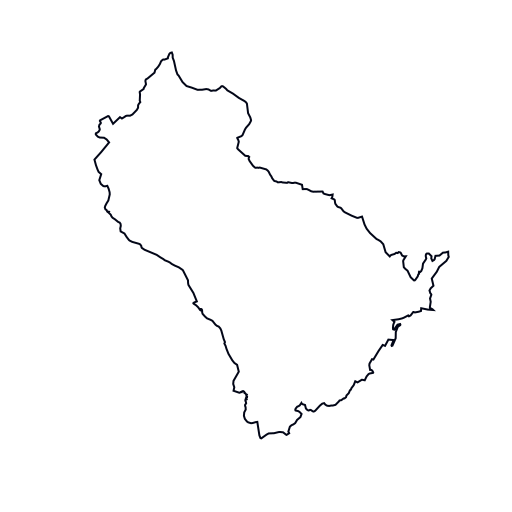 Neaua, Mures, Romania (Equal Earth projection), rotated 105°
{"feature_id": "2599482B91391358994256", "entity_name": "Neaua", "entity_type": "district", "adm_level": 2, "iso_a3": "ROU", "parent_name": "Romania", "parent_adm1": "Mures", "projection": "equal_earth", "projection_center": [24.842, 46.484], "detail": "fine", "context": "isolated", "style": "outline", "palette": "ink", "viewbox_px": 512, "rotation_deg": 105, "n_neighbors": 0, "source": "geoboundaries", "source_scale": "gbopen_adm2", "svg_char_len": 6087}
<svg xmlns="http://www.w3.org/2000/svg" viewBox="0 0 512 512"><g transform="rotate(105 256 256)"><path d="M204.7,437.0L209.7,434.1L213.4,431.5L215.5,429.8L217.0,426.7L223.3,427.0L226.5,424.6L228.0,421.5L227.8,419.8L226.7,417.8L229.1,415.8L232.3,413.9L234.4,413.2L240.6,413.0L243.9,414.0L246.7,414.6L248.3,414.6L249.9,413.5L250.4,412.1L251.5,411.3L251.8,410.8L251.3,409.8L251.3,409.6L252.1,409.9L253.7,407.0L255.2,405.8L256.2,404.4L257.0,401.9L258.8,397.9L259.0,396.3L260.1,395.1L261.9,394.4L264.5,394.3L267.3,393.1L268.3,388.9L271.1,385.9L273.4,382.9L273.8,382.1L274.4,379.2L274.5,372.1L274.8,370.8L276.0,369.4L276.8,369.1L277.7,368.4L278.8,365.3L280.6,352.2L282.0,348.2L283.0,344.6L283.7,343.1L284.2,339.1L284.6,337.4L285.5,335.3L286.3,331.9L286.9,327.7L288.4,323.4L288.8,322.8L297.1,315.4L299.7,314.6L301.4,313.8L307.9,306.9L315.2,301.4L316.8,303.6L317.8,304.3L318.2,303.9L319.1,301.1L320.5,298.6L322.7,295.9L322.8,295.4L321.5,295.6L321.4,295.2L321.6,294.6L322.2,294.1L324.6,293.3L325.7,292.6L327.6,289.7L328.9,287.2L329.4,283.4L329.9,281.3L332.8,277.4L333.6,275.6L333.8,273.8L335.2,271.7L337.0,270.2L344.6,265.7L347.2,263.7L348.7,263.9L350.7,262.1L353.3,260.5L357.6,257.3L362.9,251.9L364.9,249.2L366.0,246.1L372.2,242.7L382.4,245.4L385.5,244.9L388.4,243.0L392.0,242.8L392.4,236.7L392.1,236.1L391.4,235.6L391.2,234.5L390.2,234.3L389.8,233.4L390.2,232.2L391.2,231.8L391.4,231.4L391.3,230.9L392.2,229.8L392.3,229.0L393.4,229.2L393.9,229.0L394.4,228.7L394.3,228.2L394.9,228.1L395.4,228.5L395.6,228.9L396.2,229.0L396.6,228.7L396.6,228.1L396.9,227.9L397.8,229.0L398.6,228.8L399.4,228.1L400.8,227.4L402.6,228.0L403.5,227.8L404.8,226.9L407.0,226.2L410.1,226.9L413.5,226.3L416.2,224.6L418.2,221.9L418.7,220.5L418.8,217.5L418.2,216.0L416.6,213.4L415.9,211.8L428.4,206.3L430.7,204.6L430.8,203.7L425.7,199.5L424.1,197.8L422.5,192.7L420.3,188.7L419.8,187.4L419.3,184.2L420.8,180.7L420.9,180.2L418.6,178.1L417.2,179.3L412.1,179.1L410.4,178.0L409.5,177.0L409.1,176.4L407.3,174.9L403.7,173.9L400.1,171.4L396.8,171.1L395.4,173.5L395.0,174.7L394.9,175.4L395.0,177.8L394.7,178.1L394.1,178.3L393.1,178.2L390.9,177.2L390.0,176.0L389.0,175.1L386.2,174.1L386.7,173.7L387.1,172.7L387.2,170.1L390.4,168.3L391.4,166.6L391.6,165.7L391.6,165.1L390.6,163.9L390.6,163.0L391.3,161.1L391.4,160.3L391.2,159.8L390.2,158.8L383.9,155.5L381.5,153.8L380.5,152.1L381.6,150.6L382.0,149.4L382.2,148.5L381.9,146.5L380.9,144.5L380.5,143.0L379.2,140.7L375.0,138.3L373.9,137.9L373.2,136.3L370.9,134.5L370.7,133.7L369.1,132.5L367.3,132.5L364.5,130.9L361.4,130.5L360.6,129.8L358.9,129.6L355.5,128.2L351.3,127.7L351.8,125.2L348.1,121.7L347.9,118.8L343.7,118.0L340.9,116.7L340.1,115.8L338.6,112.7L338.3,112.6L337.2,113.4L336.3,114.7L336.2,115.3L336.5,116.3L332.2,118.3L330.5,118.5L325.6,117.2L325.6,115.8L315.9,113.0L309.1,110.6L309.4,108.1L302.5,106.5L301.6,101.5L303.0,101.5L307.2,102.0L307.7,101.6L307.3,101.0L299.3,99.8L293.2,101.3L287.6,100.7L285.5,98.8L284.9,98.8L284.4,99.2L285.7,101.5L289.9,103.1L290.9,103.0L291.4,103.3L291.3,104.6L290.0,105.1L287.2,105.6L285.3,105.5L283.8,105.2L282.6,107.6L280.2,101.9L278.5,98.8L277.4,97.3L274.0,93.6L274.7,92.7L274.5,92.4L273.4,91.3L269.4,89.6L269.3,89.3L269.4,87.9L267.7,84.4L266.4,82.4L263.7,82.9L263.3,76.3L262.3,70.8L261.8,71.7L261.1,74.5L260.5,74.8L255.0,75.4L252.0,76.9L248.0,76.6L247.4,77.1L246.8,78.0L244.4,79.5L242.0,78.9L238.8,76.9L232.3,80.4L224.4,77.3L219.1,76.2L211.5,70.9L207.0,69.6L205.4,70.5L202.1,71.5L203.5,73.8L204.4,76.3L208.1,78.9L209.4,82.7L212.8,82.6L213.8,83.0L215.1,84.3L212.9,86.1L210.8,86.4L208.9,89.7L209.4,91.6L210.3,92.2L211.3,92.2L212.7,91.8L214.2,90.9L215.5,91.1L220.1,92.7L224.8,92.1L227.8,92.5L229.0,93.3L228.9,94.4L229.3,94.5L231.0,93.9L231.8,94.5L233.8,94.5L237.7,95.9L238.5,96.4L238.7,97.1L236.5,101.1L231.0,105.8L229.8,108.4L228.6,110.3L223.0,112.5L222.1,112.6L217.5,111.2L218.1,113.0L217.7,115.0L215.4,117.1L215.2,117.9L215.3,119.2L216.5,119.9L216.6,121.4L218.2,122.7L219.9,125.5L220.6,126.2L221.8,126.7L218.8,131.8L211.7,136.1L209.6,139.4L208.8,142.0L208.4,144.0L204.3,151.8L201.0,156.2L197.5,159.3L190.5,163.8L192.8,167.4L193.0,168.4L192.3,174.0L190.8,181.4L190.2,183.0L187.8,186.1L187.5,187.0L187.4,189.4L187.1,190.3L185.1,192.8L184.1,193.4L181.6,194.4L181.1,195.1L180.7,197.9L179.2,197.6L176.8,197.9L178.2,200.6L178.3,202.3L178.3,205.8L178.1,207.0L176.5,208.4L179.1,217.4L179.2,219.4L178.5,222.3L178.2,224.2L179.3,228.2L175.3,230.0L174.9,236.4L175.1,237.5L175.9,239.1L176.2,240.2L176.4,244.1L177.1,244.6L177.4,245.4L178.1,249.5L178.0,250.7L179.2,253.9L178.7,255.5L178.8,257.6L178.5,258.2L176.7,260.5L175.1,261.8L173.8,263.4L171.4,265.5L170.5,266.7L169.7,268.5L169.6,275.3L170.2,276.4L170.3,277.7L170.9,279.1L170.9,279.6L170.7,280.2L169.6,282.3L165.9,286.8L164.2,288.2L162.9,288.4L162.1,288.2L161.5,289.3L162.0,292.3L157.7,300.7L156.9,301.9L156.6,302.1L150.1,302.2L148.6,303.1L147.0,304.6L146.7,304.7L144.0,301.1L142.7,300.3L136.6,299.4L134.6,298.8L130.4,296.7L127.1,295.9L126.1,295.9L123.6,297.4L120.1,300.6L111.2,304.2L110.2,305.3L109.4,307.0L107.7,313.6L105.1,320.3L103.4,326.6L102.4,328.0L101.4,330.1L100.6,332.1L100.7,332.5L101.0,333.3L103.1,334.4L106.6,337.6L107.2,340.2L108.0,341.8L108.1,342.4L107.4,345.0L107.6,347.2L109.3,351.0L110.6,355.5L110.0,361.7L109.8,367.1L107.0,372.0L101.7,377.5L101.0,378.8L97.4,381.3L88.9,385.7L86.0,387.8L83.2,388.6L81.2,390.0L82.0,391.3L83.2,392.0L86.7,392.5L87.9,392.3L90.0,395.3L90.2,396.5L91.0,397.2L92.5,398.1L95.4,398.5L98.3,399.4L101.2,400.8L102.0,401.5L105.2,401.5L112.6,406.7L114.0,408.1L114.9,408.2L115.7,408.1L118.6,406.7L119.6,406.9L122.6,407.8L123.8,407.8L127.1,410.6L127.7,410.8L130.0,409.8L136.0,408.5L137.3,407.6L139.2,408.5L140.9,408.9L143.3,408.3L145.7,408.9L151.3,412.0L153.1,414.0L153.8,416.9L154.7,418.3L155.4,418.7L157.9,421.1L157.1,423.3L165.3,428.3L159.6,433.8L159.1,434.4L159.1,435.1L165.3,441.7L165.9,441.8L167.4,440.4L168.1,440.3L169.7,441.2L171.6,441.2L174.0,439.7L174.9,439.7L176.4,440.1L177.7,441.0L178.9,442.4L179.7,442.4L180.3,441.9L181.7,439.6L182.0,437.6L181.1,433.4L182.1,430.4L184.3,427.3L195.6,432.4L204.7,437.0Z" fill="none" stroke="#020617" stroke-width="2"/></g></svg>